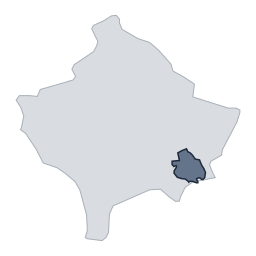 Vitina on a map of Kosovo (Robinson projection)
{"feature_id": "KOS-5905", "entity_name": "Vitina", "entity_type": "District", "adm_level": 1, "iso_a3": "XKX", "parent_name": "Kosovo", "parent_adm1": "", "projection": "robinson", "projection_center": [21.372, 42.321], "detail": "fine", "context": "in_parent", "style": "filled", "palette": "slate", "viewbox_px": 256, "rotation_deg": 0, "n_neighbors": 0, "source": "natural_earth", "source_scale": "10m", "svg_char_len": 1451}
<svg xmlns="http://www.w3.org/2000/svg" viewBox="0 0 256 256"><path d="M57.1,84.7L73.2,79.9L75.6,76.5L71.9,69.2L74.1,64.7L93.5,51.7L96.7,45.8L97.9,41.2L95.3,36.3L91.7,28.6L93.4,25.4L103.5,20.9L111.6,15.8L116.4,15.4L119.4,19.1L119.4,22.9L122.1,29.4L128.1,32.9L138.0,38.6L149.6,42.5L158.7,50.3L171.0,64.2L172.9,71.0L184.1,77.2L194.4,84.1L192.8,96.9L228.1,108.1L236.1,108.1L239.9,110.0L239.8,112.9L237.0,121.9L222.5,149.5L221.4,155.2L211.0,161.2L209.5,164.7L212.5,172.3L215.2,177.6L192.7,182.0L185.2,187.3L180.7,196.4L179.3,201.2L175.3,201.3L168.8,196.6L160.5,189.2L149.7,189.8L113.0,205.9L109.4,214.3L108.5,232.6L106.0,237.5L102.1,240.6L86.9,238.7L85.3,237.5L87.3,230.5L86.6,215.1L79.8,189.8L75.0,181.5L65.0,173.2L57.2,167.8L43.2,163.0L36.1,149.1L25.5,133.2L20.4,129.6L21.3,128.1L23.8,116.1L20.8,107.4L16.1,100.1L19.4,95.6L29.2,95.6L37.3,96.4L40.3,89.4L57.1,84.7Z" fill="#d9dde1" stroke="#a8b0b8" stroke-width="1"/><path d="M204.7,177.6L203.4,179.0L202.9,179.6L201.5,179.3L200.3,178.2L198.8,177.7L196.6,178.8L196.9,180.2L197.8,181.6L197.9,182.7L196.5,182.8L192.0,181.2L189.7,181.4L188.9,182.0L188.9,181.9L185.3,179.0L181.9,178.7L177.3,177.3L174.0,173.1L174.3,170.5L176.6,167.0L176.1,165.5L173.8,166.5L172.1,164.5L172.1,161.2L179.4,160.5L177.8,152.9L181.8,150.7L186.5,148.8L187.8,151.7L190.2,152.9L192.5,155.2L195.2,159.1L199.5,159.9L200.8,163.2L202.2,166.1L203.8,168.5L205.5,172.6L204.7,177.6Z" fill="#64748b" stroke="#1e293b" stroke-width="1.5"/></svg>